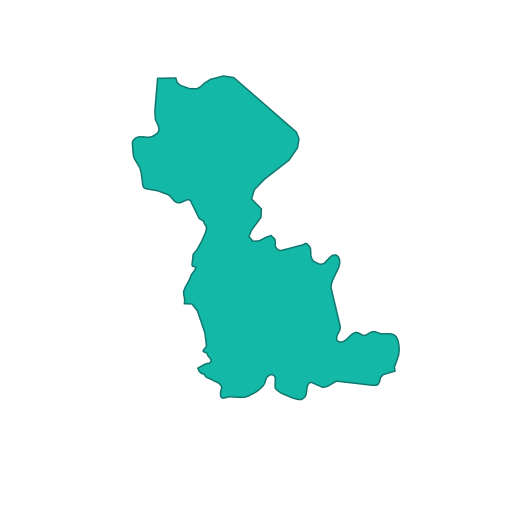 outline of Terni, rotated 33°
{"feature_id": "ITA-5433", "entity_name": "Terni", "entity_type": "Province", "adm_level": 1, "iso_a3": "ITA", "parent_name": "Italy", "parent_adm1": "", "projection": "albers", "projection_center": [12.428, 42.653], "detail": "fine", "context": "isolated", "style": "filled", "palette": "teal", "viewbox_px": 512, "rotation_deg": 33, "n_neighbors": 0, "source": "natural_earth", "source_scale": "10m", "svg_char_len": 2807}
<svg xmlns="http://www.w3.org/2000/svg" viewBox="0 0 512 512"><g transform="rotate(33 256 256)"><path d="M140.2,118.5L222.3,130.1L228.3,134.4L231.9,142.7L231.5,157.6L221.4,186.6L218.5,201.3L221.2,210.6L234.9,213.6L239.1,220.9L238.2,237.1L239.6,243.6L245.5,245.3L250.5,241.5L254.0,235.2L257.5,230.6L262.7,231.7L264.6,233.9L265.8,235.9L267.2,237.6L269.7,238.6L272.4,238.7L274.0,237.8L289.4,220.9L290.5,218.7L292.0,218.0L296.1,219.0L298.1,220.6L302.1,226.2L305.5,228.6L307.8,229.0L313.0,228.4L315.2,227.5L317.2,225.0L318.6,217.2L319.7,213.9L322.3,211.6L325.2,211.7L328.0,213.5L330.2,216.5L331.6,220.6L333.4,234.3L334.6,238.8L336.2,241.7L365.1,269.3L366.3,271.4L366.8,273.6L367.3,278.5L368.7,281.8L371.0,282.9L373.5,282.4L375.6,280.7L377.2,277.2L379.1,269.1L381.1,265.9L383.6,264.7L389.2,264.3L391.4,262.4L393.7,257.6L395.2,255.7L397.2,254.7L403.1,253.2L411.1,248.1L414.3,247.0L417.4,247.3L421.0,249.5L424.5,253.0L427.5,257.2L429.7,261.7L432.7,274.1L435.3,276.8L427.3,286.2L426.6,290.5L427.3,291.9L427.8,293.4L428.2,295.2L428.2,296.9L427.7,298.5L423.9,301.1L392.2,316.8L391.0,318.3L387.2,325.9L386.3,327.2L384.4,329.0L383.7,329.6L383.5,329.8L371.4,331.8L370.1,332.8L369.6,335.0L369.8,336.7L370.4,338.4L373.2,344.3L373.6,345.9L373.7,347.7L373.3,349.4L372.7,350.8L371.8,352.1L368.5,353.8L363.5,355.3L351.7,357.3L346.8,357.1L343.8,356.2L338.9,348.2L337.7,347.1L336.2,346.4L334.3,346.7L332.6,347.8L331.3,350.9L331.2,353.0L331.7,354.9L332.2,356.5L332.6,358.1L332.7,360.0L332.5,362.0L331.1,367.5L329.8,370.6L325.8,377.8L323.8,380.2L320.0,383.0L310.4,388.5L305.9,393.1L304.6,393.5L302.9,393.0L300.8,390.3L298.6,384.5L296.3,383.4L294.2,382.9L280.4,384.6L280.0,384.7L277.0,383.4L273.9,384.2L271.0,383.6L268.3,381.7L271.7,375.1L273.3,373.0L275.5,371.2L275.5,368.2L273.9,367.0L269.9,365.8L268.3,364.6L267.3,364.3L264.4,364.8L263.4,364.6L263.2,363.5L263.6,359.5L263.4,358.3L254.9,348.2L236.9,334.0L228.4,331.1L221.9,335.0L220.0,331.5L215.9,327.1L214.6,325.1L213.7,320.9L213.1,312.7L212.0,306.8L212.3,300.2L211.6,298.2L210.1,298.4L208.4,299.1L207.2,298.4L202.4,288.8L203.1,282.4L202.3,272.3L200.7,263.0L199.0,258.9L194.0,256.3L193.3,255.3L187.9,255.5L171.0,245.4L169.5,245.2L168.3,245.8L167.2,246.9L164.6,251.0L163.6,252.3L162.5,253.3L161.1,254.1L159.4,254.4L157.4,254.3L150.4,252.4L148.6,252.5L138.2,254.8L127.3,259.4L126.0,259.7L124.3,259.6L122.5,258.2L113.9,248.2L110.4,245.2L101.2,240.7L99.3,239.3L97.4,237.2L90.9,228.8L90.2,227.2L90.1,225.2L91.0,222.3L92.1,220.7L93.5,219.4L96.1,217.7L100.3,215.6L102.7,213.7L103.8,212.4L104.6,211.0L105.3,209.5L105.9,208.0L106.4,206.3L106.3,204.2L105.2,201.9L101.8,199.0L97.4,196.5L92.1,189.3L76.7,160.6L91.8,150.4L95.2,153.4L99.9,154.1L109.2,151.8L115.4,147.9L117.5,143.9L118.6,139.2L121.6,132.7L130.7,122.7L140.2,118.5Z" fill="#14b8a6" stroke="#0f766e" stroke-width="1.5"/></g></svg>